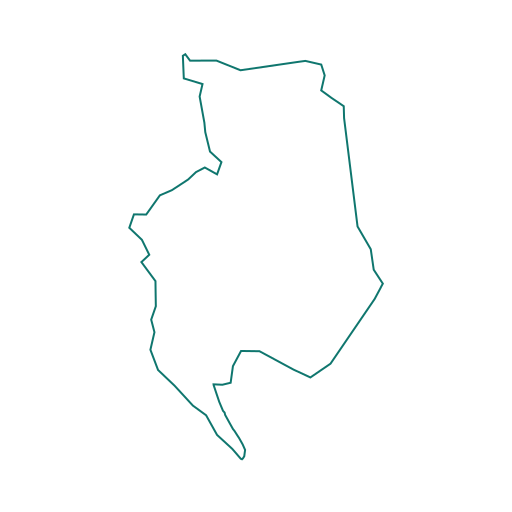 the district of Etangs, Soufrière, Saint Lucia, rotated 103°
{"feature_id": "8701671B18356236998563", "entity_name": "Etangs", "entity_type": "district", "adm_level": 2, "iso_a3": "LCA", "parent_name": "Saint Lucia", "parent_adm1": "Soufrière", "projection": "natural_earth1", "projection_center": [-61.04, 13.819], "detail": "fine", "context": "isolated", "style": "outline", "palette": "teal", "viewbox_px": 512, "rotation_deg": 103, "n_neighbors": 0, "source": "geoboundaries", "source_scale": "gbopen_adm2", "svg_char_len": 1101}
<svg xmlns="http://www.w3.org/2000/svg" viewBox="0 0 512 512"><g transform="rotate(103 256 256)"><path d="M259.3,127.5L257.6,127.1L254.4,126.2L242.9,138.2L223.6,145.7L204.4,163.7L101.8,201.2L90.3,204.2L85.1,217.7L80.0,229.7L64.6,229.7L54.8,235.5L54.8,251.8L57.3,258.4L78.5,312.9L74.5,338.5L80.5,364.2L75.3,370.3L77.4,372.3L99.2,366.3L100.5,346.8L113.3,346.8L137.7,336.3L146.7,333.3L164.6,324.3L172.3,310.8L185.2,312.3L181.3,325.8L187.7,333.3L196.7,339.3L210.8,352.8L218.5,363.3L240.3,372.3L242.9,384.3L257.0,385.8L265.9,370.8L278.8,360.3L287.7,366.3L303.1,348.3L310.9,346.4L327.5,342.3L341.6,343.8L353.1,337.8L371.1,337.8L389.1,325.8L400.6,306.3L416.0,283.8L422.4,268.8L433.8,258.5L439.1,253.7L449.3,235.7L457.0,225.2L457.2,223.9L456.1,223.2L453.8,222.4L447.4,223.0L442.6,226.6L437.0,231.7L435.9,232.9L431.2,237.7L429.8,239.5L424.5,244.3L417.8,250.3L415.6,251.4L414.3,253.3L406.4,259.0L398.1,264.1L391.2,268.3L390.6,268.5L389.0,259.8L385.2,252.2L368.5,253.7L351.9,249.2L348.0,231.2L358.3,193.7L362.1,175.7L344.2,159.2L271.1,130.7L259.3,127.5Z" fill="none" stroke="#0f766e" stroke-width="2"/></g></svg>